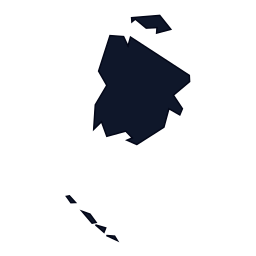 Ciego de Ávila, Equal Earth projection
{"feature_id": "CUB-1363", "entity_name": "Ciego de Ávila", "entity_type": "Province", "adm_level": 1, "iso_a3": "CUB", "parent_name": "Cuba", "parent_adm1": "", "projection": "equal_earth", "projection_center": [-78.664, 21.637], "detail": "coarse", "context": "isolated", "style": "filled", "palette": "ink", "viewbox_px": 256, "rotation_deg": 0, "n_neighbors": 0, "source": "natural_earth", "source_scale": "10m", "svg_char_len": 691}
<svg xmlns="http://www.w3.org/2000/svg" viewBox="0 0 256 256"><path d="M110.0,35.6L123.6,36.6L128.0,46.0L130.5,37.1L189.3,75.4L189.6,81.6L173.4,95.2L182.4,108.7L179.8,114.9L168.9,108.7L163.9,127.2L136.8,144.5L126.9,140.2L132.3,137.9L125.7,131.1L106.8,136.3L101.5,121.7L93.7,129.4L95.3,104.8L106.8,85.4L98.6,71.1L110.0,35.6ZM157.0,27.6L146.2,28.1L135.3,19.1L131.9,21.9L131.6,17.7L159.7,15.4L170.8,29.3L156.6,33.1L157.0,27.6ZM96.1,222.4L92.1,223.2L81.9,211.2L90.0,214.1L96.1,222.4ZM106.4,235.5L114.6,236.1L117.4,240.6L106.4,235.5ZM95.5,224.9L105.7,227.9L104.0,232.3L95.5,224.9ZM66.4,196.4L69.4,195.8L75.5,202.5L70.9,202.7L66.4,196.4Z" fill="#0f172a" stroke="#020617" stroke-width="1.5"/></svg>